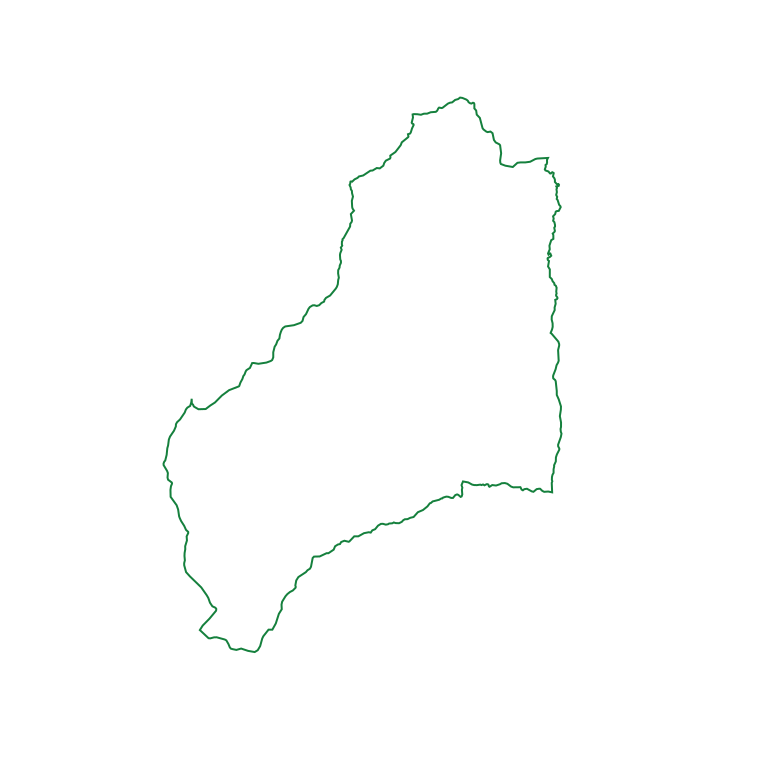 outline of Cucutilla, Norte de Santander, Colombia, rotated 16°
{"feature_id": "7082276B94948721354660", "entity_name": "Cucutilla", "entity_type": "district", "adm_level": 2, "iso_a3": "COL", "parent_name": "Colombia", "parent_adm1": "Norte de Santander", "projection": "natural_earth1", "projection_center": [-72.786, 7.499], "detail": "fine", "context": "isolated", "style": "outline", "palette": "green", "viewbox_px": 768, "rotation_deg": 16, "n_neighbors": 0, "source": "geoboundaries", "source_scale": "gbopen_adm2", "svg_char_len": 6147}
<svg xmlns="http://www.w3.org/2000/svg" viewBox="0 0 768 768"><g transform="rotate(16 384 384)"><path d="M203.2,451.2L203.8,454.7L203.7,458.5L201.5,460.9L200.6,463.1L200.3,466.4L197.7,474.3L195.6,477.8L195.1,480.0L195.6,482.2L195.0,486.8L192.8,493.5L192.5,496.7L193.4,502.6L193.4,505.4L194.6,512.0L194.8,517.9L194.2,519.1L194.0,521.1L194.5,522.7L199.5,527.4L200.8,529.2L201.7,533.6L202.8,535.5L207.2,537.2L207.7,538.2L207.4,541.0L207.9,544.6L210.0,551.3L218.1,557.7L220.7,561.4L223.5,567.6L224.4,568.9L226.7,571.6L231.0,575.4L233.9,578.8L236.5,580.1L236.9,581.2L236.3,584.9L237.7,588.7L237.6,594.7L238.5,597.6L238.9,601.4L239.6,604.3L241.2,608.4L241.3,611.3L241.9,613.3L245.6,619.4L250.4,622.4L264.4,629.9L271.8,635.9L274.1,638.1L277.0,642.2L280.3,645.0L283.4,645.5L284.6,646.2L285.0,647.3L285.0,648.4L280.9,657.7L276.3,666.2L274.8,671.3L285.4,676.7L287.1,676.4L290.6,674.3L293.0,673.6L301.4,673.5L303.1,673.9L306.2,676.9L308.4,679.7L309.8,680.6L311.4,680.6L315.4,680.3L319.6,677.7L326.9,678.0L333.6,677.3L336.0,674.7L337.2,670.1L337.1,662.3L337.5,659.8L340.7,652.0L344.4,650.9L346.0,644.0L346.3,633.9L347.8,628.7L346.3,624.3L346.1,621.3L347.8,615.2L349.0,612.6L350.9,609.9L353.3,607.6L355.1,604.3L355.1,603.4L354.3,602.1L353.8,597.0L354.9,593.2L360.8,586.3L361.8,584.1L363.7,582.0L364.2,579.8L363.4,570.9L364.3,569.2L369.7,567.5L375.4,562.5L377.2,562.0L381.3,557.1L381.7,553.5L383.9,551.0L385.8,550.0L386.4,547.7L389.1,545.6L393.5,545.4L394.1,544.9L397.4,538.6L401.3,537.5L405.9,532.9L410.2,530.7L412.2,530.5L413.1,527.9L415.5,526.0L417.3,521.8L419.6,519.3L421.5,518.7L424.5,518.7L426.5,517.7L427.4,516.7L430.4,515.6L431.6,514.4L433.4,514.5L436.8,513.7L439.1,511.6L440.0,509.7L441.3,508.3L443.9,507.4L446.1,505.4L449.1,503.7L451.9,497.9L456.2,494.4L459.5,489.7L460.9,486.1L462.0,485.3L463.1,483.5L468.9,480.1L470.8,478.1L471.6,477.9L472.1,476.9L474.9,475.1L476.9,474.7L480.0,475.0L481.7,474.5L483.2,471.1L484.7,470.0L486.0,470.1L488.8,471.4L489.6,470.7L489.7,468.6L488.0,464.1L487.9,462.1L486.4,459.8L486.8,455.9L492.1,455.4L496.4,456.4L498.4,456.3L501.2,455.6L504.3,454.2L505.5,454.3L506.9,453.3L508.5,453.7L510.3,452.0L511.0,451.8L512.0,451.9L513.1,453.5L513.8,453.7L515.9,451.3L519.7,450.7L523.1,448.4L524.4,447.0L527.5,445.9L530.1,445.9L534.5,447.6L536.7,447.7L543.6,445.6L545.4,447.6L546.8,447.9L547.9,446.4L550.3,445.3L555.7,446.5L557.4,446.4L559.7,443.0L562.0,441.9L563.0,441.7L565.6,443.1L567.7,443.5L571.5,442.1L575.5,441.8L572.5,432.8L572.6,431.1L571.8,429.9L571.1,427.1L571.0,424.8L571.5,422.7L570.5,419.2L570.3,416.3L569.9,415.2L570.5,411.1L569.5,407.2L569.6,404.1L570.6,398.8L570.3,397.7L568.6,395.9L568.1,394.4L568.6,386.3L568.3,382.8L567.1,381.1L566.1,378.6L566.0,376.5L564.8,372.2L561.9,366.4L561.1,360.0L560.3,356.8L556.2,350.6L553.1,346.9L552.0,343.1L548.3,334.0L547.4,333.0L545.2,332.0L544.5,330.4L544.3,329.1L544.9,322.5L544.7,318.4L545.4,315.5L545.5,313.5L542.0,303.4L541.8,298.8L541.4,297.4L539.9,295.2L531.5,289.6L530.1,289.0L530.5,285.2L530.4,282.6L529.3,279.1L527.4,275.8L526.6,272.6L527.7,265.9L526.9,263.4L526.9,259.6L525.4,255.9L526.8,254.8L527.1,253.7L526.7,252.9L525.1,251.7L524.8,250.4L525.0,249.6L524.1,247.7L523.4,243.9L522.1,242.2L520.5,241.6L519.9,240.2L517.7,238.7L516.4,236.9L513.9,235.5L511.8,228.1L509.3,225.8L508.7,220.3L507.3,219.6L506.7,218.5L506.7,217.8L508.5,216.1L509.4,214.6L507.9,212.7L507.4,212.8L506.5,214.3L505.7,213.3L506.2,208.8L504.9,205.4L505.1,199.7L506.8,197.8L505.7,194.1L504.7,192.9L505.9,190.9L506.1,189.8L504.6,186.9L505.0,185.5L504.6,184.1L503.2,181.5L501.6,180.5L501.5,178.2L500.3,176.2L501.7,173.5L501.6,171.0L502.2,170.3L504.3,169.4L505.1,165.3L504.6,164.5L502.9,163.4L500.2,159.3L499.0,158.5L498.9,156.4L497.4,154.8L497.3,151.9L496.1,149.2L496.3,147.8L495.2,146.6L497.3,145.4L497.3,144.3L496.5,143.7L495.2,144.3L492.6,142.7L492.0,140.6L491.1,139.3L489.2,137.9L489.0,134.5L487.6,134.0L487.1,134.3L486.3,135.7L485.5,135.8L483.5,134.4L480.3,134.2L479.4,133.3L479.6,130.6L478.9,129.0L479.8,127.7L479.7,126.1L478.9,123.6L479.3,121.5L469.3,125.0L467.5,126.0L463.2,130.1L458.6,132.1L454.3,133.3L451.3,134.6L448.0,139.9L440.5,140.7L435.7,140.3L434.8,139.2L434.0,137.1L433.0,129.9L429.8,122.5L428.8,121.8L424.8,121.0L422.4,119.1L419.2,113.0L416.8,112.0L414.2,113.3L412.8,113.2L409.5,111.9L408.2,110.9L402.8,101.8L398.9,99.5L397.2,95.7L394.9,94.2L393.7,90.0L393.1,89.2L392.0,89.1L390.8,90.3L389.4,90.4L387.6,89.8L386.5,88.6L384.8,87.9L380.5,87.4L378.2,87.7L376.7,89.7L374.1,91.3L371.9,94.5L369.9,95.4L368.2,96.8L364.1,102.4L363.2,102.9L360.8,103.1L360.2,104.2L359.8,106.6L358.8,108.1L354.0,109.9L351.0,112.2L347.8,113.2L345.3,115.0L341.6,115.5L338.1,116.4L337.2,117.0L338.4,119.8L338.6,125.2L339.2,125.8L340.6,126.1L341.1,126.8L340.5,130.6L340.4,134.9L340.0,136.1L338.2,137.3L339.3,139.4L339.2,140.0L334.5,146.8L334.2,149.9L331.0,157.9L327.1,162.7L327.8,164.7L327.6,165.7L324.2,168.8L323.3,171.5L323.2,174.3L320.5,177.9L317.5,178.4L314.2,181.9L312.1,182.7L306.5,189.3L302.7,191.4L301.8,193.1L299.3,195.4L297.6,198.3L296.5,198.3L296.0,198.7L296.3,201.2L296.0,202.2L297.8,204.3L298.5,206.0L299.9,207.2L300.7,209.4L302.5,212.4L302.6,216.8L304.6,222.6L305.4,224.0L307.4,225.7L305.3,229.8L308.2,235.7L308.2,237.2L307.4,239.3L308.0,242.0L305.0,254.8L304.2,256.3L304.6,257.5L304.3,258.6L305.0,261.4L305.7,262.5L304.9,264.8L306.3,266.7L305.9,270.3L306.1,272.1L307.6,276.3L308.7,277.6L309.2,279.4L308.8,282.3L309.2,284.4L308.6,287.2L309.4,290.3L311.3,294.3L311.3,296.6L312.1,300.9L311.9,303.6L311.4,305.5L307.8,313.8L304.5,317.2L303.6,319.6L303.7,321.3L301.5,323.4L300.0,326.1L297.9,327.5L295.3,327.5L293.7,328.1L291.5,330.5L290.7,332.6L289.8,338.3L288.2,341.8L288.3,345.8L287.1,348.1L281.2,352.3L273.2,355.9L271.6,357.8L270.8,359.9L270.5,362.2L270.4,365.4L270.9,369.1L269.7,371.8L269.4,375.7L268.6,378.3L268.8,384.0L270.2,388.9L269.9,391.8L268.8,393.1L265.1,395.8L257.7,399.2L253.1,399.7L251.5,400.2L250.7,405.5L248.0,408.6L247.6,409.9L247.3,413.4L246.6,415.1L246.5,418.2L245.6,422.2L245.4,425.8L245.0,426.4L236.8,432.6L231.3,439.8L226.6,448.4L223.0,452.5L219.5,457.2L212.6,459.4L208.3,458.3L207.4,458.0L206.2,456.6L204.6,455.6L203.2,451.2Z" fill="none" stroke="#15803d" stroke-width="2"/></g></svg>